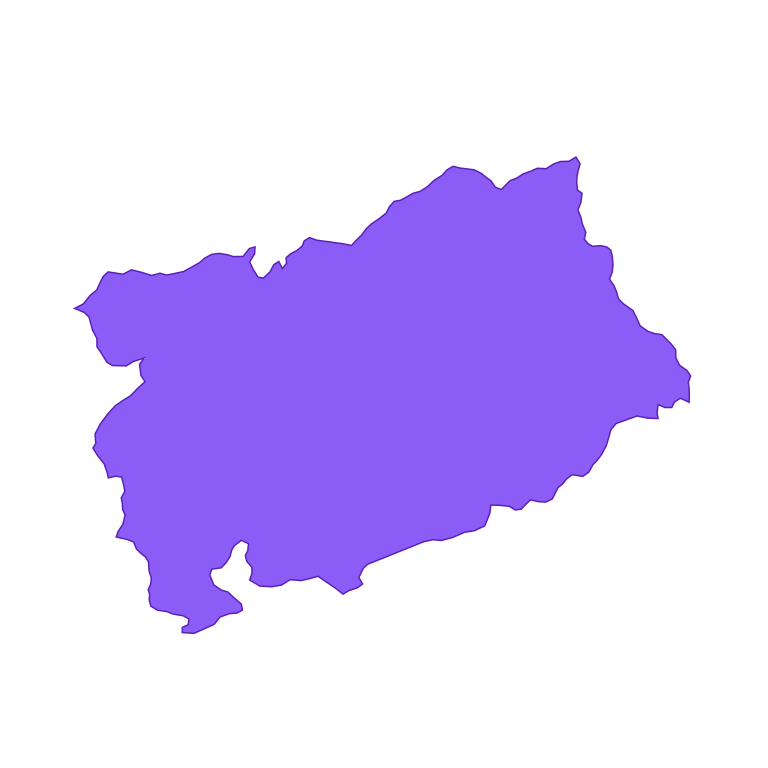 the district of Porto Feliz, São Paulo, Brazil, rotated 255°
{"feature_id": "56859067B51495796680822", "entity_name": "Porto Feliz", "entity_type": "district", "adm_level": 2, "iso_a3": "BRA", "parent_name": "Brazil", "parent_adm1": "São Paulo", "projection": "natural_earth1", "projection_center": [-47.516, -23.238], "detail": "fine", "context": "isolated", "style": "filled", "palette": "violet", "viewbox_px": 768, "rotation_deg": 255, "n_neighbors": 0, "source": "geoboundaries", "source_scale": "gbopen_adm2", "svg_char_len": 3386}
<svg xmlns="http://www.w3.org/2000/svg" viewBox="0 0 768 768"><g transform="rotate(255 384 384)"><path d="M279.7,639.8L285.3,640.2L293.2,643.4L288.5,649.4L286.8,655.9L291.4,659.9L293.5,666.6L287.4,674.0L294.0,676.0L301.0,677.6L306.9,678.4L312.5,682.3L318.6,680.1L325.7,674.3L334.0,672.7L341.5,674.6L348.4,671.7L353.7,668.6L359.7,665.2L362.6,658.5L366.5,652.6L373.8,646.5L382.6,645.1L390.6,643.4L399.9,635.7L405.7,632.5L412.4,632.5L419.6,631.6L426.8,629.0L433.2,633.5L440.1,636.1L448.4,637.6L454.5,637.7L458.6,634.8L461.5,629.2L463.0,621.1L466.9,617.3L471.9,615.0L478.3,618.2L487.1,617.0L494.2,617.3L502.0,616.4L508.3,621.1L517.0,624.7L521.2,621.1L528.7,622.3L535.0,624.3L540.1,626.9L545.9,630.4L553.5,628.2L551.3,620.2L553.2,612.3L552.7,605.2L550.0,596.3L552.7,588.0L551.6,581.0L550.8,572.3L548.4,565.1L547.9,558.7L541.5,547.5L545.4,542.4L552.7,539.9L557.0,536.3L562.1,532.6L567.6,526.5L573.0,513.1L576.4,507.2L574.5,500.3L570.6,494.4L567.6,484.8L563.3,476.8L560.7,468.6L560.7,461.5L558.9,454.5L557.2,447.5L557.8,441.1L554.1,435.4L548.5,430.3L545.2,422.7L541.8,413.1L538.6,407.1L533.5,400.7L529.2,393.0L526.2,388.5L530.3,380.3L533.0,373.6L535.4,368.2L537.8,362.2L540.5,355.9L544.7,350.0L542.9,344.0L538.5,340.9L535.4,334.2L534.0,327.5L531.3,322.1L525.8,321.1L521.8,315.7L529.6,314.1L527.9,308.6L521.8,302.9L517.5,294.9L519.9,289.9L528.4,287.4L536.7,285.8L543.2,292.7L549.8,294.9L549.7,289.0L543.7,280.9L546.1,271.4L549.5,266.0L552.8,258.7L553.8,251.0L551.9,243.1L549.0,237.4L546.6,228.1L544.5,219.5L545.0,209.6L545.5,202.0L549.0,196.3L549.0,187.6L554.6,178.7L559.6,169.7L557.6,160.3L563.7,146.5L560.5,140.6L554.7,135.4L549.2,130.9L545.5,122.9L539.2,114.4L537.1,104.8L530.6,113.1L525.0,116.4L519.9,116.4L511.4,116.4L502.4,118.5L494.3,116.4L487.4,118.8L476.7,122.0L472.1,126.5L468.2,139.9L470.6,147.5L471.2,158.9L466.3,153.0L455.2,151.4L448.1,153.8L443.8,145.3L438.3,136.3L435.8,128.0L432.7,119.2L429.5,114.0L426.0,108.7L418.6,99.4L410.6,92.0L401.2,90.2L397.5,86.3L389.0,88.8L379.4,93.0L370.2,93.7L364.7,93.4L364.4,101.0L362.0,106.4L353.2,106.4L347.3,105.8L342.0,100.7L336.5,100.4L330.5,99.1L324.4,100.0L316.1,95.5L310.6,89.2L305.5,85.7L300.6,95.3L296.1,101.3L288.6,102.2L283.3,105.4L278.5,108.9L273.0,110.5L264.1,108.7L256.6,109.0L251.0,106.8L246.4,103.0L241.5,103.2L236.2,101.3L229.7,101.3L224.1,106.7L220.7,114.8L216.4,120.7L212.1,130.0L207.6,134.7L202.2,132.6L201.1,126.2L196.1,124.8L192.3,136.0L195.8,157.7L201.4,165.4L202.2,175.2L200.8,182.5L202.2,188.8L208.4,189.2L215.9,184.1L223.6,179.3L227.0,173.6L234.0,167.6L244.7,166.3L249.7,169.7L248.6,179.0L252.1,185.1L257.0,190.5L263.0,193.9L266.7,197.8L269.9,205.7L264.9,211.8L258.3,209.3L254.3,205.7L248.4,205.5L241.2,208.9L235.3,207.5L229.4,203.5L220.9,211.8L217.2,223.3L216.3,233.1L219.3,242.7L215.6,253.0L215.3,260.9L215.3,270.5L207.3,277.4L199.1,284.5L191.6,290.1L193.5,296.3L194.0,305.5L196.4,311.6L203.6,309.6L211.3,316.3L214.1,321.4L221.4,381.6L220.9,391.1L218.0,398.8L218.0,410.6L219.9,423.3L218.9,433.4L220.9,444.6L226.0,448.5L232.0,452.9L239.3,455.8L237.3,463.1L233.5,473.3L228.4,478.1L227.6,484.2L230.8,489.3L234.2,495.6L230.8,501.7L228.1,509.4L229.3,516.7L238.8,525.2L241.2,530.6L245.0,535.7L247.7,542.4L243.3,552.0L245.8,559.0L252.1,565.0L255.3,570.5L259.9,576.2L267.1,582.9L272.7,586.3L281.2,591.4L285.8,598.1L286.6,607.8L287.6,620.2L282.8,629.8L279.7,639.8Z" fill="#8b5cf6" stroke="#5b21b6" stroke-width="1.5"/></g></svg>